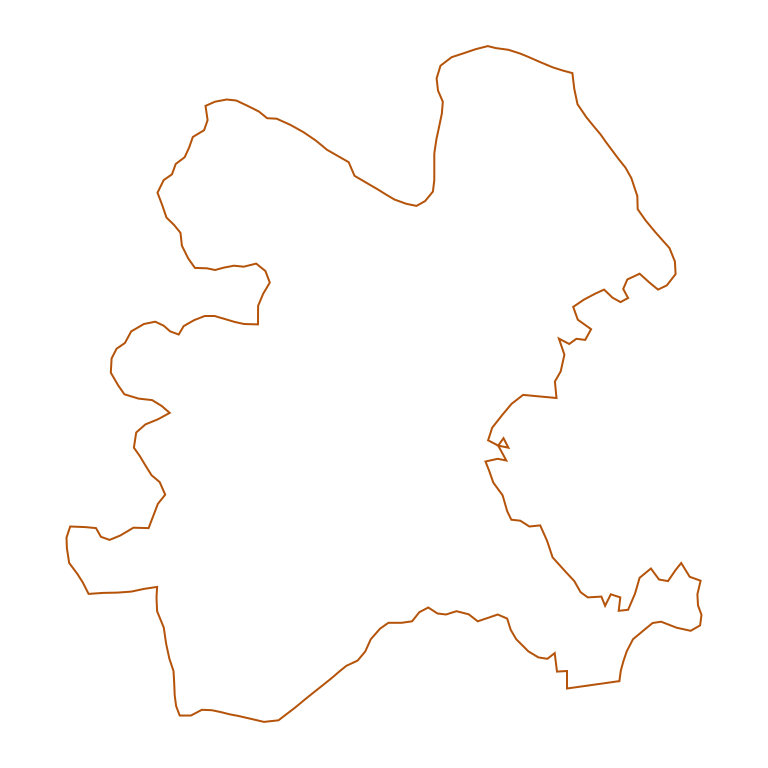 the district of Guaramirim, Santa Catarina, Brazil
{"feature_id": "56859067B39678699767492", "entity_name": "Guaramirim", "entity_type": "district", "adm_level": 2, "iso_a3": "BRA", "parent_name": "Brazil", "parent_adm1": "Santa Catarina", "projection": "robinson", "projection_center": [-48.939, -26.473], "detail": "fine", "context": "isolated", "style": "outline", "palette": "amber", "viewbox_px": 768, "rotation_deg": 0, "n_neighbors": 0, "source": "geoboundaries", "source_scale": "gbopen_adm2", "svg_char_len": 3414}
<svg xmlns="http://www.w3.org/2000/svg" viewBox="0 0 768 768"><path d="M498.2,445.6L488.1,440.3L492.2,427.7L502.3,414.9L511.6,403.8L523.1,394.9L539.0,396.4L556.5,398.0L554.9,381.5L560.7,371.4L564.4,354.7L558.9,338.6L569.2,344.0L576.4,338.8L585.2,339.9L591.1,329.2L577.8,319.7L573.2,306.9L583.8,299.7L595.1,293.7L604.1,289.6L612.4,297.6L620.5,302.1L628.1,298.0L623.2,289.0L627.3,279.5L639.6,273.7L649.5,282.6L658.0,289.6L666.8,285.4L675.6,274.1L674.9,261.5L669.5,248.1L661.3,238.9L655.0,231.8L645.8,220.7L637.7,209.2L637.3,196.0L631.3,178.0L625.5,167.7L618.8,159.3L611.4,149.4L605.9,142.0L600.6,134.5L592.5,124.8L586.2,117.0L577.5,104.2L574.3,89.0L572.4,73.1L563.0,70.6L552.6,67.3L539.9,62.0L528.1,56.8L520.0,53.5L508.5,49.8L495.9,48.1L487.8,46.1L475.6,49.2L464.7,52.9L451.6,57.2L440.5,65.7L436.6,78.4L438.0,90.6L442.8,101.7L441.9,113.3L438.9,127.7L436.4,139.3L434.3,153.5L434.3,167.9L434.3,180.1L432.9,191.6L425.1,201.1L416.5,205.9L406.3,203.8L394.4,199.5L386.3,194.7L377.1,189.0L369.5,184.6L354.5,175.8L348.7,162.2L336.3,155.1L327.0,149.8L316.0,140.7L303.7,132.3L290.6,125.0L276.7,118.7L267.1,118.2L259.0,111.6L247.7,105.9L236.2,100.5L226.7,99.5L215.0,101.7L205.5,105.9L207.6,120.1L204.1,130.2L192.8,137.0L189.3,147.1L184.7,157.2L175.7,164.0L172.0,174.3L163.7,180.1L157.5,192.7L162.1,204.8L166.5,217.6L174.1,225.0L180.5,232.9L181.9,245.7L188.2,258.4L194.9,267.9L206.8,268.3L215.1,270.0L223.5,267.7L234.0,265.7L243.7,266.7L256.2,263.6L265.4,271.0L269.8,282.6L263.1,293.9L258.1,305.9L258.0,324.4L244.0,324.0L234.5,321.9L225.8,319.3L214.5,316.0L204.7,316.0L194.2,320.1L183.7,326.1L178.7,334.5L170.2,331.4L163.7,325.7L155.2,321.7L143.9,324.0L131.2,331.4L124.9,343.0L116.6,348.7L111.6,358.4L110.8,372.7L118.2,385.4L124.4,394.3L138.5,398.6L152.1,400.1L161.6,405.9L169.7,412.9L157.9,419.3L145.4,424.4L136.2,432.5L133.9,447.7L139.9,456.2L145.7,465.9L151.6,475.3L159.7,482.1L165.2,494.7L157.9,503.8L153.5,515.3L148.6,528.1L133.4,527.7L120.3,535.5L109.6,539.9L100.9,536.8L96.0,528.1L85.4,527.1L70.2,526.5L66.5,537.6L66.9,548.3L69.2,563.0L77.5,574.1L82.8,582.5L88.6,593.9L103.2,592.9L117.7,592.6L131.3,591.6L144.0,588.9L157.1,586.9L156.5,597.6L157.1,611.2L163.8,627.7L166.1,643.6L169.4,658.8L173.5,671.0L174.2,683.2L174.7,695.3L176.1,706.0L179.7,715.5L191.0,715.5L201.9,709.8L211.8,710.2L221.3,712.2L229.6,714.3L238.1,715.9L249.9,718.6L264.0,721.9L278.5,720.3L295.2,707.5L306.2,698.4L314.7,691.6L323.3,684.8L332.0,677.8L339.2,671.6L346.4,665.8L357.7,660.5L365.3,651.4L370.8,639.2L380.0,628.7L388.4,622.8L401.7,622.8L412.1,621.3L419.3,612.2L428.3,607.5L437.5,613.5L446.0,614.5L456.5,611.2L468.7,614.3L477.7,621.3L487.6,618.0L497.7,614.5L507.2,618.6L510.7,629.8L516.2,639.2L528.4,651.4L538.4,657.4L547.4,658.8L554.7,653.1L557.0,671.6L567.0,671.0L567.0,688.5L619.4,681.1L620.8,670.6L623.5,660.9L626.7,651.4L633.0,639.2L643.1,630.8L652.6,623.0L661.1,621.7L676.6,627.7L690.7,630.8L700.1,625.4L701.5,614.9L698.0,605.4L697.4,594.3L700.6,580.7L689.7,576.8L681.2,563.0L675.6,570.0L668.0,581.1L659.0,579.5L650.9,568.5L639.6,577.8L635.0,593.7L628.1,609.8L618.7,610.8L620.3,597.4L610.8,594.3L605.1,605.8L601.4,596.6L587.8,597.4L580.6,592.2L574.3,581.1L566.0,572.2L552.6,557.4L547.1,540.9L540.2,525.4L529.4,526.5L520.3,520.7L511.3,519.7L507.2,511.2L502.6,495.3L493.3,482.6L489.0,470.4L485.5,461.5L497.7,458.8L506.3,460.5L498.2,445.6ZM498.2,445.6L508.4,447.7L503.5,438.2L498.2,445.6Z" fill="none" stroke="#b45309" stroke-width="2"/></svg>